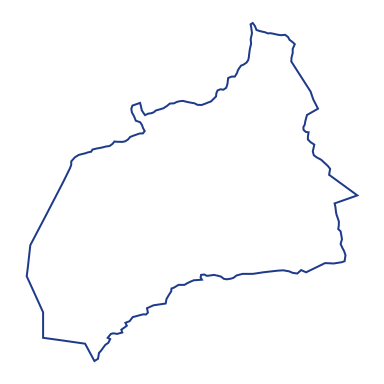 the district of Lavras da Mangabeira, Ceará, Brazil
{"feature_id": "56859067B7831807077473", "entity_name": "Lavras da Mangabeira", "entity_type": "district", "adm_level": 2, "iso_a3": "BRA", "parent_name": "Brazil", "parent_adm1": "Ceará", "projection": "mercator", "projection_center": [-38.979, -6.765], "detail": "fine", "context": "isolated", "style": "outline", "palette": "blue", "viewbox_px": 384, "rotation_deg": 0, "n_neighbors": 0, "source": "geoboundaries", "source_scale": "gbopen_adm2", "svg_char_len": 2738}
<svg xmlns="http://www.w3.org/2000/svg" viewBox="0 0 384 384"><path d="M306.1,272.3L325.0,263.1L330.1,263.3L333.6,263.5L341.8,262.2L344.6,261.2L345.5,255.2L344.1,251.1L342.6,248.3L340.6,244.0L342.0,239.2L340.6,231.3L338.2,229.0L338.8,225.6L338.9,221.5L336.5,214.6L336.0,212.1L335.4,206.9L334.6,203.4L357.3,195.4L329.1,174.8L330.1,168.8L327.8,165.9L321.1,159.7L316.9,157.5L313.8,155.2L312.8,151.5L314.3,144.6L310.6,142.2L307.9,139.5L307.9,136.6L308.6,132.3L305.8,131.9L303.5,129.8L303.4,127.0L304.7,124.8L305.4,120.8L307.0,115.0L318.0,108.7L313.2,99.3L310.6,91.6L291.3,61.5L291.5,57.8L292.7,53.0L292.7,48.9L294.8,44.2L292.6,42.1L289.5,39.8L288.2,37.2L285.1,34.8L280.9,35.2L277.1,34.6L273.7,33.8L270.6,33.2L267.9,33.4L265.2,32.3L259.9,31.1L256.5,30.0L254.9,26.0L252.7,23.0L250.6,24.3L251.2,27.3L252.0,33.2L250.7,39.1L251.1,43.9L249.9,48.7L249.2,53.8L248.8,57.5L248.2,60.1L246.6,62.5L243.6,64.6L241.1,65.6L239.4,67.9L237.9,70.3L237.0,73.0L234.8,76.6L231.6,76.6L228.2,78.0L227.7,81.8L227.4,84.2L226.2,87.8L223.4,89.7L220.4,89.3L217.6,90.4L216.4,93.1L216.0,96.5L213.7,98.8L210.9,101.5L208.1,102.5L205.2,103.7L201.6,105.0L197.4,104.8L194.5,103.3L189.9,102.5L186.1,101.7L183.2,100.9L179.7,101.2L176.6,102.0L174.1,103.3L169.8,103.6L166.8,106.1L163.3,108.3L158.9,109.6L155.8,110.5L153.6,112.4L150.9,113.3L148.4,113.6L145.0,115.1L143.3,112.7L141.8,110.3L140.7,105.2L140.0,102.9L132.4,105.6L131.3,108.8L131.9,112.4L134.1,116.4L135.8,120.7L140.1,122.2L142.0,125.0L143.0,128.0L144.7,131.1L142.9,133.4L139.7,133.5L136.2,134.7L132.8,135.9L130.1,137.0L128.0,139.5L125.2,141.3L122.3,141.9L119.4,141.8L117.0,141.8L114.4,141.5L112.6,143.8L109.6,146.0L105.4,146.6L102.5,147.4L99.6,148.0L96.2,148.6L92.4,149.6L91.2,151.7L87.8,152.4L85.3,153.3L82.7,153.9L78.8,154.9L74.9,157.3L73.2,159.2L71.3,161.3L71.2,164.9L69.9,168.4L63.2,182.0L48.5,210.4L46.8,213.7L30.3,245.2L27.8,267.7L26.7,276.3L29.4,282.1L43.1,312.3L43.1,316.8L43.1,332.1L43.1,337.8L60.6,340.2L85.1,343.7L94.4,361.0L98.0,358.8L99.0,352.9L101.2,350.5L103.1,347.8L105.3,344.9L108.3,342.8L110.2,339.1L107.7,337.8L110.9,333.9L113.4,333.3L117.1,333.9L122.3,332.5L121.3,329.7L124.3,327.6L126.8,325.7L125.4,322.8L129.6,321.2L132.7,317.1L135.8,316.3L140.1,315.1L143.5,314.3L146.0,314.5L147.9,312.6L147.0,308.2L153.5,305.3L165.7,303.5L166.5,299.0L168.6,295.4L171.2,291.3L171.5,288.5L174.0,287.6L178.5,284.9L184.4,284.9L187.1,283.3L190.1,281.8L193.7,280.3L201.9,279.7L200.6,277.4L201.1,274.9L204.4,274.5L206.6,275.8L209.3,275.6L213.8,274.9L217.3,275.6L221.0,276.6L223.8,278.8L226.9,279.3L231.1,278.6L233.5,277.8L236.7,275.4L242.5,273.9L252.6,273.9L258.0,273.1L263.3,272.3L277.3,270.7L283.1,270.3L289.0,271.3L292.8,272.9L297.3,273.5L301.1,270.1L306.1,272.3Z" fill="none" stroke="#1e3a8a" stroke-width="2"/></svg>